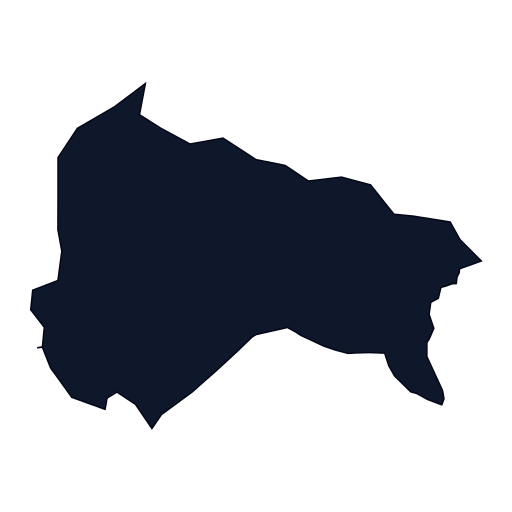 Lympia, Nicosia, Cyprus
{"feature_id": "46923920B77915362912232", "entity_name": "Lympia", "entity_type": "district", "adm_level": 2, "iso_a3": "CYP", "parent_name": "Cyprus", "parent_adm1": "Nicosia", "projection": "orthographic", "projection_center": [33.474, 34.986], "detail": "fine", "context": "isolated", "style": "filled", "palette": "ink", "viewbox_px": 512, "rotation_deg": 0, "n_neighbors": 0, "source": "geoboundaries", "source_scale": "gbopen_adm2", "svg_char_len": 1551}
<svg xmlns="http://www.w3.org/2000/svg" viewBox="0 0 512 512"><path d="M433.8,328.5L433.8,328.3L429.1,314.4L430.8,302.3L438.3,298.3L439.5,293.4L440.9,287.5L443.1,286.8L446.1,286.0L450.4,284.4L452.8,283.7L456.3,283.6L456.8,278.9L457.0,277.1L459.2,272.8L459.6,268.8L476.9,262.6L481.3,261.0L459.9,239.5L450.2,222.0L413.3,216.1L393.9,214.2L370.6,184.9L341.5,177.1L308.4,181.0L285.1,165.4L256.0,159.6L238.1,147.9L223.0,138.1L190.0,144.0L160.9,128.3L139.5,114.7L145.4,83.5L114.3,106.9L77.4,128.3L58.0,157.6L58.0,179.0L58.0,200.5L57.9,229.7L61.8,251.2L57.9,280.5L32.7,290.2L30.7,309.7L44.3,327.3L42.4,346.8L37.1,347.8L42.4,347.2L50.4,367.5L50.9,368.3L50.9,368.2L51.0,368.5L60.0,380.9L71.6,397.1L71.7,397.3L104.9,409.3L105.1,409.3L107.1,398.0L111.7,395.3L117.0,392.1L135.5,404.4L151.9,428.5L152.2,428.1L161.5,414.5L164.8,412.1L192.3,391.9L198.1,386.7L204.3,381.2L214.6,372.2L220.2,367.1L237.2,351.4L239.7,349.0L252.1,337.0L256.0,334.6L287.4,327.5L296.0,332.2L296.8,332.7L298.9,334.2L301.1,335.5L322.7,345.6L324.1,346.2L335.5,350.1L348.0,353.4L356.8,352.9L368.6,352.6L376.2,352.8L380.2,353.0L380.9,353.0L382.1,353.1L382.3,353.1L383.3,353.0L384.7,353.2L388.4,364.7L388.7,365.6L389.4,366.9L389.5,367.0L389.9,367.7L391.1,369.9L394.7,376.1L395.4,376.8L400.1,381.4L409.9,391.0L410.6,391.7L410.7,391.8L416.7,393.5L421.7,396.2L427.4,399.4L428.9,400.0L441.4,404.7L441.8,404.8L442.6,402.7L443.9,399.1L444.0,398.7L443.2,394.1L442.5,390.4L441.2,387.6L426.9,356.6L426.9,342.7L429.3,338.8L432.4,331.7L433.8,328.5Z" fill="#0f172a" stroke="#020617" stroke-width="1.5"/></svg>